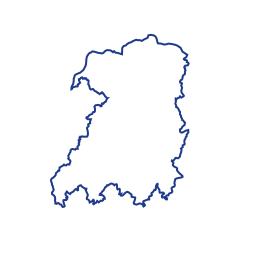 Placas, Pará, Brazil, rotated 19°
{"feature_id": "56859067B95066885708505", "entity_name": "Placas", "entity_type": "district", "adm_level": 2, "iso_a3": "BRA", "parent_name": "Brazil", "parent_adm1": "Pará", "projection": "natural_earth1", "projection_center": [-54.527, -3.914], "detail": "fine", "context": "isolated", "style": "outline", "palette": "blue", "viewbox_px": 256, "rotation_deg": 19, "n_neighbors": 0, "source": "geoboundaries", "source_scale": "gbopen_adm2", "svg_char_len": 5811}
<svg xmlns="http://www.w3.org/2000/svg" viewBox="0 0 256 256"><g transform="rotate(19 128 128)"><path d="M188.0,182.9L188.1,182.4L187.7,181.7L186.5,181.3L186.2,180.6L186.3,179.6L186.9,179.0L188.1,178.6L188.0,177.5L188.3,176.6L190.2,174.9L190.7,173.8L188.8,170.9L189.1,169.7L190.7,168.4L191.0,167.8L190.7,166.2L189.8,165.0L189.3,161.2L190.1,160.0L194.8,157.2L195.4,156.7L195.4,156.0L194.8,155.4L191.2,154.0L188.5,152.4L188.1,152.0L187.7,150.4L187.1,149.8L184.1,149.4L183.1,148.9L182.4,148.4L182.4,146.4L180.1,144.9L180.1,144.4L181.2,144.4L181.6,144.1L182.7,140.8L183.2,140.5L184.3,140.6L185.3,140.3L186.4,138.3L186.0,136.1L186.2,134.1L185.7,131.1L184.8,130.2L186.0,128.3L185.3,126.6L186.7,125.3L186.8,124.7L186.1,123.6L185.3,121.1L185.7,119.9L185.6,117.9L186.2,116.6L185.6,115.1L186.5,112.6L185.6,110.3L183.4,111.8L180.8,114.7L179.8,114.9L178.8,114.8L178.1,113.7L177.6,112.4L178.7,111.3L179.0,109.2L180.5,106.6L180.1,104.3L179.5,104.2L177.7,102.9L176.6,102.8L176.0,101.5L174.6,100.4L174.2,99.2L172.7,98.2L171.9,95.8L170.6,94.9L169.4,93.5L167.6,92.4L166.7,92.5L166.1,90.9L164.9,89.7L164.5,86.5L164.0,86.2L163.5,84.5L165.0,84.3L165.6,83.3L166.6,82.5L166.9,81.2L168.1,81.9L168.6,81.8L170.3,79.9L170.2,79.2L167.0,76.9L166.3,75.6L166.0,72.3L164.5,70.5L164.6,68.5L164.2,68.0L162.7,68.1L162.1,67.4L162.2,65.8L163.3,64.5L163.3,62.8L162.9,61.7L163.1,60.1L164.2,58.7L164.2,58.2L163.5,56.4L163.6,54.7L162.7,54.0L162.6,52.9L161.6,52.6L161.7,52.1L161.4,51.7L161.7,50.6L162.2,50.2L164.1,49.3L164.4,47.5L163.7,46.6L162.2,46.6L161.9,45.3L161.5,44.9L159.2,45.2L158.3,44.6L158.5,44.0L160.0,42.1L160.2,39.5L154.7,38.1L151.7,35.1L147.6,34.0L144.7,34.0L141.2,34.5L138.6,35.1L137.0,36.4L134.7,37.4L132.0,37.4L128.9,38.2L128.5,38.1L125.7,33.9L124.5,32.8L123.3,32.2L121.9,32.1L119.2,32.5L117.1,33.7L117.2,36.3L114.0,39.4L112.8,41.1L110.4,41.1L108.7,41.8L107.0,41.9L104.2,44.4L103.2,45.8L101.1,47.3L99.7,49.2L99.0,50.7L97.2,51.9L96.5,54.2L98.3,60.2L93.5,60.4L92.2,60.8L91.2,60.6L90.1,59.9L89.4,60.2L89.1,61.2L86.3,60.3L83.0,61.1L81.5,62.4L80.2,65.1L79.3,65.9L75.8,66.6L71.1,66.8L69.3,67.2L68.5,68.6L67.2,69.6L66.5,71.3L65.9,73.8L66.4,77.5L66.8,78.2L67.6,82.0L67.6,83.2L67.0,87.5L64.9,91.1L61.4,94.2L60.6,95.4L60.7,99.5L61.3,101.0L61.8,103.9L61.3,107.6L61.9,109.8L62.3,109.4L62.4,107.5L63.9,106.8L65.1,105.6L66.7,105.2L66.9,104.5L66.4,103.4L66.6,102.7L67.4,102.1L67.3,101.6L68.0,100.8L66.2,99.0L65.7,97.8L66.7,97.2L67.1,95.9L67.6,95.4L68.1,95.1L69.3,96.1L70.1,95.3L70.7,95.5L71.0,95.0L71.5,95.2L72.0,94.7L72.9,95.6L73.6,95.9L74.0,95.5L75.3,96.1L76.3,99.8L77.5,100.5L79.0,103.0L79.9,103.6L80.5,103.7L82.2,102.5L84.6,103.9L86.2,103.9L87.9,104.7L88.6,104.5L90.1,105.2L90.9,104.1L91.3,104.0L91.6,102.9L92.1,102.7L93.7,103.6L93.9,104.1L94.9,104.4L96.1,105.6L96.6,105.6L98.4,106.6L99.0,106.4L98.4,107.7L98.5,110.3L97.5,111.0L96.9,113.0L96.2,112.8L95.5,113.2L95.4,114.5L95.9,115.4L95.8,116.0L94.9,116.4L94.0,115.8L92.8,115.7L90.0,117.0L89.7,117.6L89.3,118.8L90.5,120.4L91.3,123.2L91.0,123.8L90.1,124.1L89.6,124.7L89.7,126.2L87.6,128.0L87.0,129.0L86.8,130.2L85.4,131.3L85.3,131.9L85.6,132.3L87.0,132.8L90.1,131.8L90.0,134.4L90.7,135.8L89.2,137.3L89.2,137.8L90.2,139.1L89.2,141.0L89.5,142.0L90.5,143.3L92.0,146.3L92.3,147.9L92.2,149.3L91.6,149.7L88.3,150.8L87.4,150.8L86.8,151.3L86.6,151.8L85.6,151.8L85.2,152.8L85.6,153.5L86.6,154.2L86.4,154.7L85.3,155.4L85.4,156.0L86.6,156.7L86.3,158.5L86.5,159.0L87.1,159.2L87.1,160.3L86.3,161.9L87.2,164.1L85.6,164.5L85.2,165.6L82.7,165.8L81.9,166.2L81.4,166.6L81.0,167.8L81.4,169.1L80.6,173.7L81.7,175.7L81.5,176.4L84.1,177.7L84.5,178.5L84.5,181.5L84.1,181.9L83.1,181.8L82.5,182.1L81.7,183.5L80.7,183.8L79.4,183.4L78.7,184.8L76.2,187.6L76.9,190.7L75.9,191.0L75.7,191.5L75.7,192.2L74.7,193.8L74.6,194.6L74.9,195.7L74.7,196.9L73.4,199.4L72.5,200.3L72.1,201.7L72.4,203.1L74.4,205.6L74.6,206.4L75.7,207.2L76.0,208.1L77.7,210.3L77.9,211.4L77.1,213.8L77.6,215.1L79.8,215.9L81.4,217.0L82.3,218.9L82.6,220.6L83.4,221.3L83.9,223.1L85.1,223.0L86.0,221.9L86.8,221.6L88.7,222.4L89.9,222.2L91.5,223.8L92.0,223.9L93.3,223.1L93.6,222.5L90.9,218.7L90.5,217.4L90.9,216.9L93.0,216.3L93.6,214.8L93.2,214.3L92.7,214.5L92.3,214.1L93.3,213.1L92.9,212.6L90.9,211.7L90.4,210.7L90.2,210.3L90.8,209.1L90.8,208.0L91.2,208.0L91.7,208.7L94.8,209.3L95.2,207.8L96.8,206.2L98.0,203.4L98.9,202.4L99.5,202.5L100.0,203.2L100.5,203.4L101.0,202.9L99.9,199.8L101.0,198.2L102.1,197.5L103.2,198.3L106.8,199.3L108.4,198.9L108.5,199.5L108.1,200.2L108.4,200.7L111.9,204.4L111.8,206.8L111.9,208.0L112.3,208.6L114.0,208.7L115.0,209.3L116.0,210.9L117.8,209.0L118.5,207.2L119.1,207.3L119.6,208.1L119.8,211.1L120.4,211.3L121.2,209.9L122.1,209.1L122.6,207.0L124.5,207.9L125.8,205.6L127.3,205.3L127.7,204.8L128.0,204.3L127.7,203.1L129.1,202.5L128.5,201.3L127.1,200.3L125.7,199.8L123.1,200.5L122.9,199.6L124.0,198.1L124.3,196.4L125.1,195.2L125.8,191.3L126.6,190.5L126.6,189.3L126.9,188.8L127.7,188.9L128.1,188.5L129.7,186.3L130.6,185.9L131.8,185.8L133.7,186.6L133.9,185.9L135.5,184.9L135.9,185.2L137.6,189.0L138.1,189.4L139.8,188.3L140.2,188.6L141.1,191.2L141.2,193.2L142.7,192.5L142.3,193.5L143.1,194.2L144.5,193.9L145.4,192.7L146.7,189.9L148.1,188.6L149.3,188.6L153.0,189.8L153.8,191.9L157.4,191.4L157.7,191.9L157.9,193.4L157.8,196.9L158.0,197.4L158.8,197.8L161.1,197.6L163.2,195.8L164.1,195.4L166.7,195.5L168.2,197.1L169.1,196.0L169.2,195.5L168.8,195.1L166.6,193.4L166.4,192.9L166.5,192.1L169.9,189.2L171.3,188.7L171.2,188.1L170.4,187.5L170.5,185.6L171.8,184.9L172.3,184.3L172.4,183.5L171.6,182.8L171.4,182.1L172.7,179.8L173.0,177.9L174.1,177.7L174.3,176.9L173.6,175.0L173.4,173.1L173.7,171.5L174.1,171.2L174.5,171.9L174.6,173.7L177.8,176.2L178.7,178.4L179.1,178.8L182.3,177.6L183.4,178.1L183.3,178.8L182.2,180.4L182.2,181.3L182.7,182.4L183.2,182.6L184.8,181.5L186.4,182.8L187.0,183.1L188.0,182.9Z" fill="none" stroke="#1e3a8a" stroke-width="2"/></g></svg>